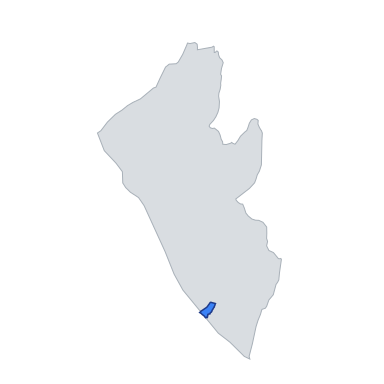 Lower Jloh, Grand Kru, Liberia shown in context, rotated 15°
{"feature_id": "62588387B79313023095428", "entity_name": "Lower Jloh", "entity_type": "district", "adm_level": 2, "iso_a3": "LBR", "parent_name": "Liberia", "parent_adm1": "Grand Kru", "projection": "equal_earth", "projection_center": [-8.548, 4.874], "detail": "fine", "context": "in_parent", "style": "filled", "palette": "blue", "viewbox_px": 384, "rotation_deg": 15, "n_neighbors": 0, "source": "geoboundaries", "source_scale": "gbopen_adm2", "svg_char_len": 3587}
<svg xmlns="http://www.w3.org/2000/svg" viewBox="0 0 384 384"><g transform="rotate(15 192 192)"><path d="M85.4,159.5L88.1,156.4L92.2,146.4L97.9,136.8L103.2,131.0L107.4,125.2L111.8,120.7L118.1,115.4L127.8,101.6L130.1,100.0L131.7,90.4L134.1,78.2L136.9,74.4L143.5,72.2L145.1,70.0L147.4,61.5L148.9,51.5L149.1,49.3L151.7,49.1L156.1,46.9L158.7,47.9L159.8,50.7L160.4,53.2L173.9,46.9L175.0,45.6L175.8,45.9L177.4,51.5L178.4,51.1L179.2,49.5L180.1,49.4L181.2,50.1L182.2,52.7L183.9,55.1L186.8,56.7L188.7,59.0L188.5,65.0L189.2,70.9L190.5,72.2L191.1,75.7L191.5,79.5L192.2,81.5L192.6,85.4L192.4,89.6L192.9,92.5L195.1,97.5L196.4,103.8L196.4,108.3L195.6,113.1L194.2,117.4L191.7,122.1L191.5,124.0L193.0,125.2L195.2,125.4L197.1,124.5L201.9,126.6L204.4,129.7L206.6,133.6L208.5,135.5L209.4,137.9L212.8,137.3L216.7,134.9L217.5,133.8L218.7,134.4L221.2,134.7L223.0,130.5L224.4,125.6L227.5,120.4L229.0,118.4L229.4,115.0L229.6,110.7L230.7,107.0L233.2,104.9L235.9,105.0L237.4,105.7L238.1,109.3L240.3,112.1L242.2,114.0L243.2,114.8L244.7,116.9L246.2,124.2L252.0,147.8L251.7,154.3L250.6,158.6L250.5,162.8L250.1,166.9L246.6,173.6L236.1,187.4L236.9,188.6L239.4,190.2L242.0,191.0L244.1,190.6L246.7,194.0L249.5,198.4L252.5,200.6L256.8,202.6L260.6,202.8L263.8,202.1L268.4,202.9L273.2,206.5L274.9,212.4L276.1,217.6L277.8,220.2L278.0,224.7L281.4,228.6L286.3,229.4L292.7,234.0L294.3,233.7L295.0,233.2L295.8,234.0L297.4,247.3L298.6,254.4L298.0,257.2L297.1,259.5L297.1,270.2L294.2,276.4L293.7,283.1L292.9,285.3L289.9,287.3L289.8,292.5L289.0,298.7L288.7,305.4L289.6,322.9L289.7,335.9L291.1,338.4L285.1,337.3L267.6,327.3L254.0,321.6L208.6,289.1L196.0,276.0L181.5,256.6L149.2,217.5L141.8,211.2L132.6,208.2L126.8,204.9L122.8,201.2L119.5,190.4L111.4,184.0L96.6,174.8L85.4,159.5Z" fill="#d9dde1" stroke="#a8b0b8" stroke-width="1"/><path d="M238.4,293.8L238.2,294.0L237.7,295.4L237.6,295.8L237.5,296.1L237.1,296.9L236.9,297.6L236.7,298.1L236.5,298.5L236.4,298.9L236.2,299.3L236.0,299.6L235.6,300.0L235.4,300.4L234.9,300.9L234.8,301.0L234.3,301.6L233.7,302.3L233.1,303.0L232.7,303.5L232.2,304.0L232.0,304.3L231.4,304.8L231.4,305.1L231.4,305.4L231.2,305.6L231.0,305.9L230.8,306.1L230.6,306.4L230.9,306.5L231.3,306.7L231.5,306.7L231.8,306.8L232.1,306.9L232.3,306.9L232.6,307.1L232.9,307.3L233.3,307.5L233.6,307.7L233.9,307.8L234.3,308.0L234.6,308.1L235.1,308.3L235.7,308.5L235.8,308.6L236.3,308.9L236.7,309.3L236.8,309.4L237.0,309.5L237.3,309.7L237.7,309.9L237.8,309.7L238.0,309.6L238.3,309.5L238.3,309.4L238.2,309.4L238.4,309.3L238.5,309.2L238.9,309.3L239.1,309.4L239.2,309.2L239.3,309.1L239.3,308.9L239.2,308.8L239.2,308.6L239.2,308.4L239.1,308.2L239.2,307.9L239.3,307.7L239.3,307.4L239.2,307.3L239.0,307.1L239.1,306.8L239.1,306.7L239.0,306.4L239.0,306.1L239.3,305.9L239.5,305.7L240.0,305.5L240.3,305.4L240.5,305.3L240.6,305.2L240.7,304.9L240.9,304.9L240.9,304.7L240.8,304.4L240.9,304.2L241.0,304.1L241.1,303.9L241.2,303.7L241.3,303.6L241.4,303.4L241.5,303.3L241.5,303.2L241.8,303.0L241.9,302.7L241.9,302.4L242.0,302.2L242.1,301.8L242.1,301.6L242.0,301.4L242.0,301.0L242.1,300.8L242.1,300.7L242.3,300.4L242.4,300.2L242.5,300.1L242.5,299.8L242.5,299.6L242.6,299.2L242.7,298.9L242.8,298.5L242.9,298.3L242.9,298.2L243.0,297.9L243.1,297.7L243.3,297.4L243.2,297.2L243.1,296.9L243.2,296.7L243.3,296.4L243.3,296.2L243.4,295.9L243.4,295.4L243.4,295.1L243.4,294.7L243.4,294.4L243.4,294.1L243.4,293.9L243.5,293.7L243.2,293.6L242.8,293.7L242.7,293.7L242.4,293.7L242.0,293.6L241.4,293.7L241.1,293.7L240.6,293.7L240.2,293.7L239.8,293.7L239.3,293.7L239.1,293.6L238.7,293.7L238.4,293.8Z" fill="#3b82f6" stroke="#1e3a8a" stroke-width="1.5"/></g></svg>